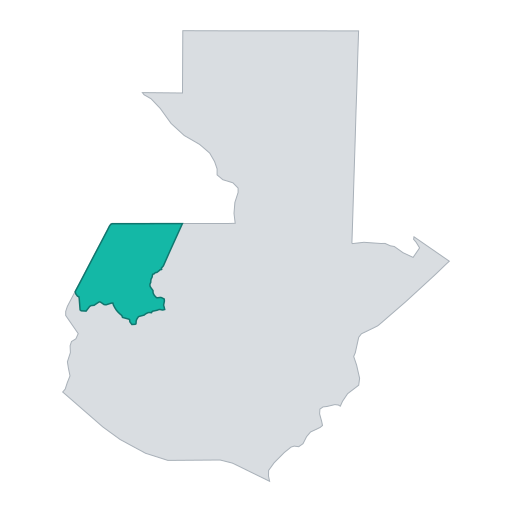 Huehuetenango on a map of Guatemala (Robinson projection)
{"feature_id": "GTM-1943", "entity_name": "Huehuetenango", "entity_type": "Department", "adm_level": 1, "iso_a3": "GTM", "parent_name": "Guatemala", "parent_adm1": "", "projection": "robinson", "projection_center": [-91.471, 15.613], "detail": "fine", "context": "in_parent", "style": "filled", "palette": "teal", "viewbox_px": 512, "rotation_deg": 0, "n_neighbors": 0, "source": "natural_earth", "source_scale": "10m", "svg_char_len": 3155}
<svg xmlns="http://www.w3.org/2000/svg" viewBox="0 0 512 512"><path d="M62.7,392.0L65.2,389.1L67.3,382.6L70.0,375.9L68.4,368.1L67.4,361.8L70.4,352.6L70.1,345.8L71.5,341.5L75.9,338.8L78.2,333.6L65.7,315.5L65.7,311.4L67.4,306.3L77.5,287.0L89.6,264.1L102.9,238.8L110.9,223.6L140.1,223.5L159.4,223.5L183.9,223.5L210.5,223.5L228.0,223.5L235.2,223.3L234.0,213.4L234.9,202.4L238.1,192.5L238.1,188.1L232.9,182.8L222.8,179.7L217.1,174.9L217.1,168.9L214.6,161.6L209.7,153.1L199.6,144.4L184.2,135.5L171.1,123.5L160.3,108.5L151.1,98.8L144.1,94.8L142.4,92.6L163.0,92.8L182.5,93.0L182.6,71.5L182.7,52.3L182.8,30.7L218.1,30.8L260.3,30.8L304.0,30.8L338.4,30.9L358.6,30.9L357.7,57.7L356.8,88.7L356.0,111.5L355.1,142.0L354.1,173.1L352.8,215.5L351.9,243.0L352.4,243.6L363.9,242.3L380.9,243.5L385.0,243.4L390.3,245.8L394.3,246.5L403.0,252.7L413.1,257.4L419.6,247.9L416.1,242.2L413.6,239.3L414.0,236.8L449.3,261.2L445.2,265.0L436.2,273.7L420.0,288.6L405.5,301.9L391.5,314.0L378.9,324.9L377.4,326.0L361.4,333.8L358.7,337.3L355.3,352.7L353.7,356.5L356.6,365.1L359.6,378.3L358.7,385.2L347.6,393.7L342.5,401.3L340.3,406.2L338.3,405.0L334.8,404.6L326.9,406.5L323.1,406.9L319.9,409.1L319.6,413.9L321.7,421.6L322.5,425.5L320.2,427.4L310.5,432.0L306.6,436.6L303.0,443.7L298.7,446.7L294.2,446.1L291.0,447.1L284.3,452.5L274.1,462.8L268.6,470.4L268.5,476.1L269.6,481.3L232.4,463.1L220.1,460.0L167.9,460.4L145.6,453.3L120.1,439.5L102.9,427.0L62.7,392.0Z" fill="#d9dde1" stroke="#a8b0b8" stroke-width="1"/><path d="M75.2,291.6L78.9,284.7L86.5,270.1L94.1,255.5L100.8,242.8L105.5,233.8L107.3,230.4L109.4,226.2L110.6,224.6L112.1,223.7L116.5,223.7L129.8,223.7L143.1,223.7L156.4,223.6L169.7,223.6L182.4,223.6L170.6,249.6L169.7,251.6L163.4,265.8L163.2,266.1L161.4,268.1L161.5,268.8L161.6,269.0L161.7,269.3L161.5,269.5L161.1,269.6L160.3,269.7L159.9,269.8L159.5,270.4L156.9,272.4L156.6,272.5L156.0,272.5L155.7,272.5L155.4,272.6L155.2,272.8L154.0,273.9L153.6,274.0L153.3,274.1L153.0,274.1L152.7,274.3L152.5,274.7L152.3,276.1L152.1,277.1L151.5,278.3L151.2,278.9L151.0,279.5L150.9,279.9L150.7,282.5L150.2,283.5L150.0,284.0L149.9,284.3L149.9,284.6L149.9,285.0L150.0,285.7L150.0,286.0L150.1,286.3L150.3,286.8L150.5,287.0L150.9,287.7L152.8,290.3L153.0,290.7L153.0,291.0L153.0,292.4L153.2,293.0L153.6,294.1L154.1,295.0L154.7,295.8L156.5,297.7L156.9,297.7L157.5,297.8L160.3,297.4L161.5,297.6L164.2,299.0L164.4,301.0L163.6,305.0L163.7,305.6L164.2,307.3L164.7,309.5L163.2,309.9L162.4,310.0L160.0,309.5L159.1,309.5L156.9,310.3L152.7,311.2L152.0,311.7L151.5,312.7L149.1,312.5L147.9,312.7L145.6,313.9L144.1,315.1L139.9,316.2L138.9,316.5L138.5,316.7L138.1,317.2L136.8,319.2L136.3,320.5L136.2,320.8L136.0,323.5L135.9,323.9L135.5,324.1L135.1,324.3L131.9,324.5L130.0,322.0L129.7,321.0L129.7,319.9L129.0,319.2L122.5,317.4L122.0,315.9L121.0,314.8L120.1,314.1L118.2,312.3L116.4,310.2L114.8,307.7L113.4,305.0L113.0,303.5L112.9,303.1L111.4,303.1L106.1,304.8L104.1,304.6L100.8,302.3L100.0,301.9L99.3,301.9L98.7,302.2L97.0,303.3L94.1,305.3L91.0,305.6L89.6,306.5L86.4,310.7L86.1,311.1L81.2,310.8L80.1,309.9L79.2,298.4L78.9,296.8L77.5,296.2L75.8,293.9L75.2,291.6Z" fill="#14b8a6" stroke="#0f766e" stroke-width="1.5"/></svg>